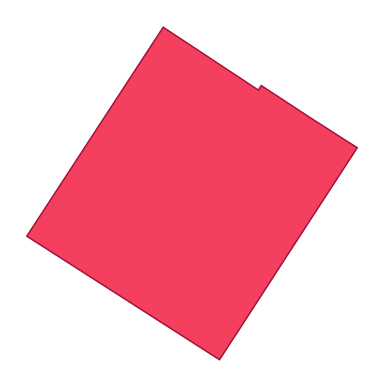 Gratiot, Michigan, United States of America, rotated 123°
{"feature_id": "52423323B41656630060914", "entity_name": "Gratiot", "entity_type": "district", "adm_level": 2, "iso_a3": "USA", "parent_name": "United States of America", "parent_adm1": "Michigan", "projection": "robinson", "projection_center": [-84.616, 43.292], "detail": "fine", "context": "isolated", "style": "filled", "palette": "rose", "viewbox_px": 384, "rotation_deg": 123, "n_neighbors": 0, "source": "geoboundaries", "source_scale": "gbopen_adm2", "svg_char_len": 294}
<svg xmlns="http://www.w3.org/2000/svg" viewBox="0 0 384 384"><g transform="rotate(123 192 192)"><path d="M319.0,299.6L317.7,77.6L254.6,77.5L191.5,77.6L64.9,77.5L65.3,134.7L65.0,191.9L70.4,191.9L69.5,305.9L319.1,306.5L319.0,299.6Z" fill="#f43f5e" stroke="#9f1239" stroke-width="1.5"/></g></svg>